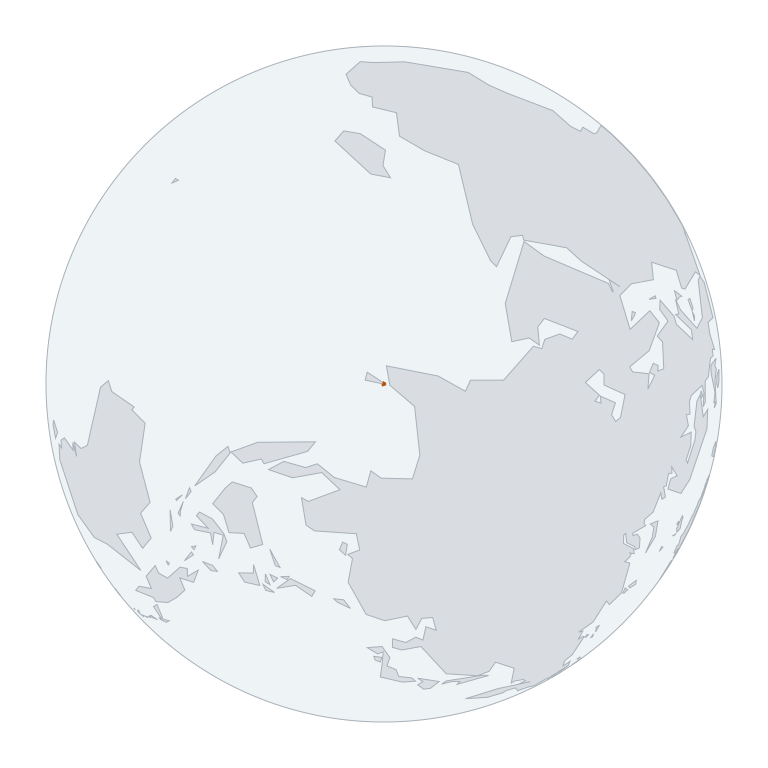 the Earth from above Kilinŏchchi, rotated 126°
{"feature_id": "LKA-2460", "entity_name": "Kilinŏchchi", "entity_type": "District", "adm_level": 1, "iso_a3": "LKA", "parent_name": "Sri Lanka", "parent_adm1": "", "projection": "orthographic", "projection_center": [80.291, 9.445], "detail": "fine", "context": "on_globe", "style": "filled", "palette": "amber", "viewbox_px": 768, "rotation_deg": 126, "n_neighbors": 0, "source": "natural_earth", "source_scale": "10m", "svg_char_len": 9220}
<svg xmlns="http://www.w3.org/2000/svg" viewBox="0 0 768 768"><g transform="rotate(126 384 384)"><circle cx="384" cy="384" r="338" fill="#eef3f6" stroke="#a8b0b8"/><path d="M500.1,66.7L498.8,66.2L489.4,62.9L500.1,66.7ZM527.3,78.0L526.0,77.4L525.9,77.3L527.3,78.0ZM523.2,76.2L518.3,74.9L524.9,78.0L503.6,69.5L514.8,72.8L513.4,71.9L518.2,74.0L523.2,76.2ZM492.6,65.6L489.3,64.8L490.1,64.6L492.6,65.6ZM379.8,46.1L377.5,46.2L373.6,46.2L379.8,46.1ZM80.4,235.6L110.4,192.2L110.2,198.0L130.3,196.3L131.4,199.6L120.2,214.4L128.2,239.1L141.3,227.4L157.4,242.7L173.8,245.2L195.2,217.0L168.5,212.0L172.6,197.2L201.1,189.1L225.7,195.3L228.1,189.9L219.9,175.6L233.0,167.5L217.9,170.1L218.5,176.0L209.0,178.3L207.9,173.1L212.6,170.1L207.3,166.6L186.3,183.3L184.6,191.1L166.1,191.2L161.6,204.8L153.9,209.9L158.7,189.2L163.9,182.4L166.7,160.3L159.4,167.2L156.4,189.0L154.0,186.7L144.2,197.9L149.8,187.5L155.0,163.6L143.3,165.3L115.3,190.8L111.2,191.7L113.7,184.6L137.0,156.8L143.6,158.1L151.9,149.9L161.8,136.9L162.9,138.9L167.8,134.3L171.4,135.0L187.5,125.8L192.8,126.0L209.7,113.5L214.8,112.4L203.3,119.8L198.2,125.8L212.7,128.7L218.6,126.6L228.5,118.7L231.2,121.2L238.9,113.2L252.5,112.6L242.4,107.2L253.7,99.5L267.7,95.0L269.6,91.9L246.8,99.4L239.4,103.5L235.9,108.3L214.0,120.7L206.7,121.9L222.8,106.5L214.2,107.2L230.4,96.4L281.9,80.4L298.0,79.5L302.1,92.6L292.2,96.3L285.8,93.0L281.9,102.6L286.9,98.6L289.2,101.2L300.6,95.8L302.8,97.4L310.0,89.9L313.9,91.4L309.3,96.1L329.5,91.0L340.5,93.6L344.0,91.7L344.7,89.0L358.3,95.0L360.3,93.5L356.6,90.8L358.2,86.3L366.3,81.1L370.5,83.4L368.2,85.5L369.7,94.3L362.7,100.7L365.3,101.3L372.3,96.4L370.5,85.5L374.2,81.8L376.5,86.4L376.0,84.4L379.1,83.4L386.2,84.8L384.4,79.8L413.4,69.1L430.0,72.0L428.8,76.5L453.6,75.0L470.4,80.7L467.0,77.9L476.5,76.8L471.4,74.9L470.5,73.6L492.6,72.6L501.1,75.1L506.8,73.7L505.0,72.6L499.0,70.5L503.6,69.5L524.9,78.0L527.8,79.9L539.2,84.8L544.2,89.1L553.6,95.6L552.5,99.0L560.0,104.8L563.6,106.2L576.5,116.0L590.7,133.1L563.4,112.7L539.0,90.8L547.6,98.6L540.9,95.3L541.1,97.5L547.5,103.8L551.2,105.3L537.4,111.6L543.5,130.3L554.6,130.1L565.1,136.9L581.8,163.3L574.7,199.8L588.8,213.4L592.1,222.3L585.2,227.4L580.3,214.4L570.1,209.4L568.3,202.0L555.7,207.4L552.6,197.0L544.3,207.3L551.4,215.7L563.7,214.0L557.9,228.6L575.0,244.2L580.9,263.0L565.4,296.5L543.7,306.9L543.2,313.1L532.5,306.1L521.4,318.4L543.6,353.8L544.0,364.1L524.5,383.9L523.5,376.2L495.4,357.5L492.2,382.3L513.6,402.8L521.1,427.1L505.5,419.6L497.7,398.3L487.7,391.0L488.9,369.4L477.8,337.7L462.0,343.6L461.8,330.9L444.1,305.2L420.6,313.1L384.2,346.0L381.5,378.6L367.9,392.7L345.8,345.1L342.0,313.8L330.1,316.3L310.6,289.5L265.6,285.3L262.7,277.1L253.4,280.1L240.2,271.2L237.1,258.0L227.5,258.0L236.7,292.8L247.4,293.2L261.2,281.2L261.4,293.5L274.6,305.5L247.5,333.3L186.4,354.4L186.4,329.8L170.7,261.4L174.5,254.6L174.7,253.8L174.9,252.3L167.3,263.2L166.6,250.3L168.6,296.5L166.4,316.2L185.5,355.7L182.2,359.2L190.2,367.9L222.9,361.9L221.7,370.0L202.7,406.1L162.6,452.8L171.4,488.1L174.4,517.1L157.2,533.4L166.6,556.1L158.8,562.3L163.5,574.8L161.7,586.7L155.7,596.8L137.2,592.7L129.9,581.1L111.2,556.6L82.5,499.0L80.6,475.0L76.3,455.0L63.6,408.1L65.9,384.6L64.1,373.5L59.4,374.1L58.1,361.0L55.9,359.5L47.2,360.4L48.1,346.9L52.6,318.1L59.5,289.8L68.8,262.3L80.4,235.6ZM88.0,224.1L84.8,230.1L84.7,230.2L88.0,224.1ZM245.7,218.3L264.4,222.0L266.5,203.1L273.9,203.3L271.9,197.2L266.6,201.8L263.2,185.7L275.1,181.9L278.2,174.5L272.0,173.0L250.8,182.8L255.5,205.3L246.7,211.9L245.7,218.3ZM190.9,111.7L188.5,114.7L181.8,119.4L175.1,121.8L184.8,114.7L190.9,111.7ZM186.7,118.2L204.4,103.9L209.3,102.7L203.6,105.6L205.0,106.3L196.2,111.3L183.4,125.3L176.7,130.6L168.0,130.5L174.6,127.2L176.5,124.0L186.7,118.2ZM241.2,78.4L249.0,74.6L249.5,76.6L242.2,80.0L235.0,81.8L239.5,79.0L241.2,78.4ZM350.4,47.8L349.2,47.9L353.5,47.5L354.3,47.9L343.8,49.6L349.4,49.1L350.2,50.1L342.0,52.0L341.5,50.9L332.9,54.1L327.3,53.9L326.6,54.3L319.1,55.2L308.8,57.3L307.5,57.0L304.1,58.1L299.0,59.1L293.8,60.6L289.8,60.9L283.1,62.9L285.0,62.0L274.6,65.6L280.5,63.2L274.5,64.9L271.9,66.4L266.1,67.3L293.6,58.4L321.8,51.9L350.4,47.8ZM370.6,46.3L366.8,46.5L377.3,46.3L366.0,47.2L357.4,47.8L359.5,47.0L370.6,46.3ZM138.0,194.7L139.8,196.0L143.9,196.3L137.8,203.8L138.0,194.7ZM141.1,178.4L143.5,177.9L136.9,187.7L135.0,186.8L141.1,178.4ZM150.5,169.9L144.2,177.2L146.5,172.7L150.5,169.9ZM206.1,119.3L209.4,118.9L207.5,120.9L203.1,123.5L206.1,119.3ZM315.2,65.2L316.3,63.5L318.6,63.1L327.0,59.5L331.8,60.0L328.7,62.3L315.2,65.2ZM187.5,221.1L179.5,225.8L178.4,222.6L181.4,221.6L187.5,221.1ZM154.9,214.3L159.7,219.4L153.2,216.3L154.9,214.3ZM321.8,65.1L324.7,63.4L325.4,64.7L321.8,65.1ZM335.8,60.2L337.5,61.4L333.4,59.7L335.8,60.2ZM340.0,670.1L346.0,673.6L340.3,673.6L340.0,670.1ZM221.9,518.0L216.2,566.6L202.9,565.3L195.4,550.2L194.0,520.3L207.9,513.2L213.3,500.0L221.9,518.0ZM592.2,482.0L600.1,483.3L599.6,484.8L592.2,482.0ZM584.2,476.9L593.5,477.2L582.3,480.4L584.2,476.9ZM597.0,477.3L606.4,474.0L610.5,471.3L609.6,474.6L597.0,477.3ZM577.7,477.2L541.1,477.6L526.2,473.6L530.1,467.9L554.3,469.0L577.7,477.2ZM528.9,467.8L505.5,452.0L471.1,405.5L483.5,406.3L519.0,434.2L516.8,439.1L531.0,451.7L528.9,467.8ZM583.8,437.3L581.5,452.2L561.6,451.3L552.4,449.1L546.1,430.2L549.6,420.6L557.3,420.8L585.1,387.8L595.2,395.6L587.1,409.4L595.3,422.0L583.8,437.3ZM383.2,381.8L391.9,401.5L384.3,404.5L383.2,381.8ZM594.9,365.1L584.7,379.4L593.5,360.4L594.9,365.1ZM599.2,347.4L600.6,354.4L595.4,347.7L599.2,347.4ZM544.3,322.7L536.2,324.5L535.3,319.5L545.1,314.4L544.3,322.7ZM585.3,279.3L587.9,293.5L587.3,298.4L582.3,289.8L585.3,279.3ZM367.1,73.1L350.0,77.0L341.0,81.6L340.8,86.2L333.7,81.9L347.7,74.9L367.1,73.1ZM407.2,69.0L407.2,65.9L412.0,66.9L412.7,67.8L407.2,69.0ZM403.8,67.4L394.7,64.5L397.9,62.7L404.4,65.2L403.8,67.4ZM357.7,62.9L352.3,63.8L352.0,62.5L357.7,62.9ZM607.3,630.2L615.1,619.5L620.9,617.9L611.7,627.6L607.3,630.2ZM608.0,587.9L553.3,611.4L543.3,609.0L550.1,599.8L549.5,572.5L553.1,572.9L556.1,554.2L590.9,535.9L617.2,503.7L631.6,505.0L645.5,481.8L658.8,482.7L652.1,500.8L662.6,511.9L677.8,471.1L676.2,513.5L678.4,528.2L669.5,555.1L635.7,601.9L623.8,611.4L625.2,607.4L619.3,612.3L615.4,610.9L620.3,596.6L614.2,601.4L623.3,590.1L613.0,600.3L614.2,591.1L608.0,587.9ZM696.7,512.1L696.9,511.5L699.4,504.3L699.3,505.3L697.4,510.5L696.7,512.1ZM707.6,481.2L708.5,478.1L708.2,479.4L707.6,481.2ZM708.8,477.3L710.0,472.9L708.8,477.2L708.8,477.3ZM712.2,454.7L712.9,452.4L712.8,454.1L712.2,454.7ZM611.5,483.1L623.1,471.2L628.7,470.1L611.5,483.1ZM712.4,450.1L711.4,449.9L711.9,447.6L712.4,450.1ZM713.3,444.7L713.6,441.5L713.1,449.0L713.3,444.7ZM711.9,437.8L712.7,443.4L711.7,438.6L711.9,437.8ZM710.9,438.8L709.9,436.4L710.1,435.4L710.9,438.8ZM692.2,444.8L696.9,463.5L691.6,463.4L686.2,452.0L679.3,463.4L665.4,462.4L669.4,455.3L668.2,444.9L652.1,441.4L648.9,434.7L655.1,429.9L643.7,424.9L656.3,421.4L660.9,435.2L667.8,424.0L678.4,426.2L687.8,430.4L694.1,440.6L692.2,444.8ZM655.2,452.2L657.3,452.1L655.1,456.4L655.2,452.2ZM707.9,428.9L709.4,435.5L709.0,437.3L708.1,436.3L707.9,428.9ZM695.8,438.0L703.1,426.0L704.6,426.1L699.5,439.6L695.8,438.0ZM701.9,418.6L704.8,420.0L705.9,426.5L705.2,428.3L701.9,418.6ZM629.6,440.2L628.9,444.1L625.5,441.1L629.6,440.2ZM634.2,437.7L644.3,441.6L633.1,441.1L634.2,437.7ZM600.7,425.2L604.0,434.3L614.7,428.1L606.5,436.8L613.2,451.7L610.5,457.5L604.0,441.3L600.8,458.3L596.1,458.1L594.0,443.7L599.1,425.9L603.8,418.5L622.7,415.0L600.7,425.2ZM634.3,426.5L631.5,415.9L633.5,408.7L636.6,414.2L634.3,426.5ZM622.2,390.5L613.7,378.5L606.7,383.4L620.0,366.1L626.2,380.3L622.2,390.5ZM613.7,364.0L607.3,368.3L613.4,358.3L613.7,364.0ZM605.1,364.3L603.5,355.9L609.0,356.9L605.1,364.3ZM617.2,364.3L617.0,350.0L620.5,358.3L617.2,364.3ZM598.9,337.3L612.3,350.7L596.4,345.2L591.8,318.2L598.3,317.5L598.9,337.3ZM610.3,232.2L606.5,225.2L611.2,223.6L612.5,228.8L610.3,232.2ZM623.2,214.8L611.3,221.1L601.1,227.3L606.1,230.5L607.1,242.5L597.5,231.3L601.9,218.4L610.3,215.9L608.0,206.4L611.9,200.1L605.4,188.6L605.9,183.8L614.4,193.9L623.2,214.8ZM602.2,183.8L592.3,164.5L602.9,167.6L607.5,172.5L607.6,179.8L601.9,177.6L602.2,183.8ZM593.0,161.0L587.5,159.0L561.3,132.6L558.4,128.1L584.0,148.3L580.1,147.7L584.7,154.1L593.0,161.0ZM492.3,66.0L489.6,64.9L493.4,66.1L492.3,66.0ZM467.4,72.6L466.8,71.1L471.2,72.1L467.4,72.6ZM467.5,67.7L462.9,67.6L466.0,66.7L467.5,67.7ZM453.0,67.9L460.2,67.1L455.8,69.4L453.0,67.9Z" fill="#d9dde1" stroke="#a8b0b8" stroke-width="1"/><path d="M382.9,385.4L383.0,385.2L383.0,384.9L382.9,384.8L382.8,384.7L382.7,384.7L382.6,384.4L382.7,384.2L382.8,384.2L383.0,384.1L383.3,383.9L383.5,383.8L383.4,383.7L383.2,383.6L382.7,383.2L382.8,383.1L383.0,383.2L383.3,383.4L383.7,383.5L383.8,383.5L383.9,383.8L384.0,384.0L384.3,383.9L384.8,383.7L385.2,383.8L385.6,383.9L385.9,384.0L385.7,384.2L385.7,384.4L385.7,384.5L385.6,384.4L385.4,384.3L385.3,384.5L385.2,384.6L384.8,384.6L384.7,384.6L384.6,384.8L384.3,384.8L384.2,384.8L383.7,384.9L383.6,385.1L383.4,385.2L383.3,385.3L383.2,385.4L382.9,385.4ZM384.0,382.6L384.3,382.9L384.5,383.0L384.9,383.2L384.9,383.4L385.0,383.5L384.9,383.5L384.7,383.5L384.4,383.5L384.0,383.1L383.9,383.0L383.9,382.8L384.0,382.6L384.0,382.6Z" fill="#f59e0b" stroke="#b45309" stroke-width="1.5"/></g></svg>